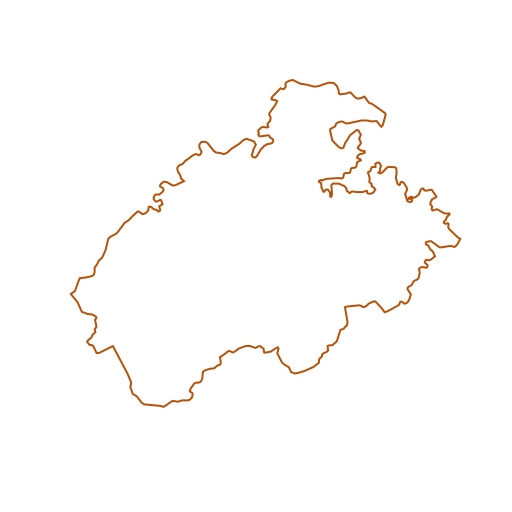 outline of Udmurt, rotated 235°
{"feature_id": "RUS-2387", "entity_name": "Udmurt", "entity_type": "Republic", "adm_level": 1, "iso_a3": "RUS", "parent_name": "Russia", "parent_adm1": "", "projection": "albers", "projection_center": [52.789, 57.2], "detail": "fine", "context": "isolated", "style": "outline", "palette": "amber", "viewbox_px": 512, "rotation_deg": 235, "n_neighbors": 0, "source": "natural_earth", "source_scale": "10m", "svg_char_len": 6127}
<svg xmlns="http://www.w3.org/2000/svg" viewBox="0 0 512 512"><g transform="rotate(235 256 256)"><path d="M379.3,372.3L377.2,373.7L376.8,375.0L377.8,377.7L380.1,378.8L380.9,380.5L380.4,383.9L379.1,387.1L372.0,390.9L366.7,396.3L361.6,400.6L360.2,402.7L359.0,405.6L356.4,414.7L353.3,418.8L348.8,419.8L344.1,418.6L341.6,417.1L340.1,417.7L337.3,423.1L336.2,426.8L335.6,427.3L329.3,428.1L327.2,429.1L326.0,430.5L325.3,432.1L324.3,436.3L316.6,436.4L313.9,438.4L299.2,443.6L297.5,443.4L290.3,434.7L290.0,432.7L297.3,432.2L300.3,427.4L302.9,425.2L306.4,420.3L312.0,407.2L312.8,405.9L316.6,403.9L317.7,402.1L318.6,398.8L318.3,397.5L316.8,395.0L317.4,389.7L316.4,388.7L307.0,384.8L299.5,385.9L296.3,386.9L294.9,388.1L294.7,388.8L294.9,390.2L297.2,393.5L301.0,402.6L301.4,410.8L300.1,411.9L295.3,411.5L292.8,407.7L288.4,406.8L287.5,405.0L286.8,402.2L286.0,401.2L282.1,402.5L279.7,405.1L278.6,404.7L278.3,403.4L280.0,399.0L279.7,396.8L278.9,395.5L278.2,395.1L275.2,397.1L274.2,396.7L274.9,392.9L272.0,389.8L271.5,388.5L271.8,387.1L273.0,385.4L273.0,383.9L270.5,381.0L270.4,380.3L272.7,376.7L272.9,375.3L270.4,372.6L270.2,371.7L270.6,370.3L272.5,368.4L279.1,357.4L279.7,353.9L280.8,353.1L281.5,350.8L280.7,350.1L278.3,351.1L274.4,348.9L269.9,348.1L269.5,349.1L270.2,350.4L270.2,351.8L268.8,353.0L265.5,353.0L262.0,350.9L261.4,351.5L262.8,353.6L270.8,358.4L271.3,360.1L270.6,361.5L267.5,365.6L262.4,368.5L259.7,368.9L257.4,367.8L253.8,368.7L253.6,369.1L254.0,370.9L252.7,373.2L251.1,374.5L247.1,380.2L246.2,383.6L245.5,384.2L243.8,383.3L242.7,383.7L241.5,385.2L240.7,387.5L240.9,389.1L242.0,391.9L244.0,391.9L247.1,390.8L248.5,392.0L251.7,391.3L254.7,393.9L260.2,395.6L260.4,396.2L259.9,398.2L262.4,401.7L260.4,404.9L263.1,406.8L263.0,408.6L261.8,410.5L258.1,410.2L256.6,407.9L254.7,406.8L254.0,404.1L252.7,404.7L252.0,406.5L252.0,407.5L253.3,414.2L253.0,415.6L249.1,420.6L247.9,421.2L246.4,420.7L242.8,418.3L239.8,415.4L233.7,413.3L231.9,414.1L232.1,415.2L233.4,416.8L233.1,418.1L231.0,419.0L226.1,418.8L223.7,417.9L221.2,413.7L214.4,411.5L212.1,412.7L211.4,414.4L211.6,415.4L212.9,416.3L214.1,415.7L215.2,413.9L215.9,414.4L215.7,416.9L213.1,418.8L212.7,420.7L213.0,424.8L215.6,428.5L216.0,430.3L215.4,431.7L213.3,431.6L212.2,432.3L209.7,437.7L208.8,438.0L201.1,437.8L200.8,435.8L201.6,433.3L199.9,429.7L198.4,428.5L195.5,428.7L193.3,426.5L191.8,427.0L190.7,430.6L190.2,431.3L183.2,434.6L181.4,436.4L180.1,438.7L179.4,438.8L178.9,437.8L178.5,434.8L176.7,432.0L176.4,429.7L175.3,428.9L173.8,429.5L172.8,431.9L172.3,432.2L171.1,431.7L169.8,430.2L167.9,429.6L155.5,432.0L152.9,433.2L150.2,428.0L149.5,425.0L149.8,423.5L151.4,422.4L153.2,420.2L156.6,413.1L157.9,411.3L167.7,408.0L169.5,404.6L169.6,402.8L168.0,401.9L165.6,403.1L161.6,402.6L158.3,403.4L153.1,402.5L152.7,397.0L153.4,395.1L155.4,393.0L155.3,392.5L153.8,390.4L150.2,391.4L148.6,389.9L148.9,388.4L151.0,386.7L152.0,385.0L152.2,383.0L152.0,382.1L148.6,380.7L144.6,376.5L144.3,374.7L144.9,370.6L143.1,367.2L142.9,366.2L143.3,363.0L142.7,361.6L141.3,361.0L135.8,360.9L132.3,356.3L131.3,354.1L131.1,352.3L131.7,350.3L135.2,349.1L135.6,348.3L135.6,347.6L134.1,345.5L134.0,343.8L135.3,331.8L136.2,329.1L141.3,329.0L150.2,327.7L151.4,326.3L152.3,321.3L151.8,317.8L152.1,315.5L153.2,314.0L154.7,313.7L156.2,312.6L162.2,302.0L163.1,299.5L149.4,293.1L146.8,290.3L146.9,288.7L146.1,286.1L147.0,282.7L139.8,273.3L139.1,267.4L140.8,264.8L141.2,263.0L137.3,260.9L136.9,259.3L137.7,254.3L135.9,252.2L135.3,248.6L132.5,246.2L132.1,239.9L133.9,229.9L136.4,222.6L137.6,220.3L140.9,218.2L146.0,219.1L151.5,216.7L153.9,216.2L164.0,217.6L167.2,221.3L168.5,221.6L169.1,219.5L169.2,213.2L171.7,207.8L172.2,207.3L175.7,209.0L179.9,207.7L180.5,206.5L180.9,203.0L186.1,199.1L188.3,195.5L190.0,188.9L189.9,182.4L190.5,181.4L192.9,180.2L193.6,179.4L194.0,177.7L193.7,175.0L193.8,168.5L188.7,165.9L187.6,164.6L188.4,161.4L188.0,157.2L190.1,153.5L191.5,148.9L191.7,147.0L191.4,145.9L186.2,141.5L184.8,138.9L184.9,137.1L186.8,133.7L186.9,132.1L184.8,126.2L183.0,124.1L180.5,125.2L179.0,124.8L176.9,122.5L176.2,119.8L176.8,117.4L180.1,112.6L181.4,108.5L185.1,104.6L185.4,101.5L185.2,96.8L185.6,93.5L187.9,91.9L198.6,79.3L201.4,78.2L209.3,77.9L213.8,75.9L220.7,77.9L221.5,78.4L222.5,80.1L224.7,81.4L232.9,83.2L264.3,87.1L266.4,72.9L266.9,71.3L268.0,69.8L275.5,71.0L277.3,70.4L278.5,68.7L282.3,68.4L283.2,69.4L283.7,74.5L285.2,76.8L285.8,80.7L288.6,82.0L289.4,84.5L290.1,85.0L296.0,87.5L296.6,89.5L297.3,90.0L298.6,90.0L302.2,88.2L304.8,85.0L310.2,81.3L320.3,83.3L331.1,82.5L331.2,87.7L337.9,97.2L338.8,99.2L335.8,104.6L334.1,108.9L333.4,112.0L335.2,114.4L339.1,117.2L340.5,121.4L342.3,124.3L342.8,128.4L343.4,130.0L347.1,136.1L354.8,144.9L355.3,147.5L354.5,154.0L354.8,156.2L358.5,167.3L358.4,172.6L359.5,177.9L360.3,184.4L359.4,185.7L355.8,186.8L354.9,187.9L354.4,190.2L355.1,193.8L357.6,196.1L357.6,197.1L356.1,198.3L352.5,199.3L351.1,200.9L348.8,201.3L348.3,201.6L348.2,203.2L348.6,203.9L352.2,205.2L352.0,209.1L356.0,210.3L356.8,209.8L357.4,206.4L358.0,205.2L360.9,204.7L362.2,205.4L363.4,207.0L364.0,208.9L361.8,212.0L362.1,216.0L362.8,218.0L365.0,218.7L368.0,217.3L369.0,218.1L369.6,219.6L369.7,223.2L367.6,225.3L361.3,228.3L360.2,230.7L358.6,239.9L362.3,239.1L366.1,240.4L369.1,240.3L372.3,241.3L373.8,242.8L374.3,245.2L373.5,248.7L374.6,253.4L374.3,255.3L374.7,260.3L374.5,263.4L373.8,265.6L371.4,266.8L371.1,268.4L371.5,269.7L372.5,271.1L377.0,271.8L379.1,272.9L379.9,273.9L380.7,276.6L378.7,280.0L376.3,281.1L366.1,281.7L363.7,282.6L360.4,286.2L358.0,287.9L357.3,290.3L357.2,292.1L357.9,297.5L357.5,307.5L358.2,311.3L357.7,315.1L354.5,317.7L350.7,320.1L347.2,319.7L344.6,314.5L343.9,314.2L341.1,310.4L339.2,310.1L337.3,311.5L337.2,313.8L340.4,320.9L341.4,325.6L341.2,329.3L339.6,332.7L339.4,334.0L339.8,335.3L340.7,336.4L342.3,336.7L344.7,335.6L347.3,335.7L348.2,334.7L351.1,328.8L352.4,327.3L354.1,327.5L354.8,328.7L357.0,329.4L357.7,330.1L358.2,334.0L357.8,335.5L354.8,339.0L354.6,340.1L357.2,340.8L357.8,341.7L358.7,345.2L360.9,347.4L364.5,348.0L365.4,349.0L368.7,358.6L370.7,362.2L372.4,361.4L375.3,358.5L376.3,359.4L377.1,360.5L379.3,372.3Z" fill="none" stroke="#b45309" stroke-width="2"/></g></svg>